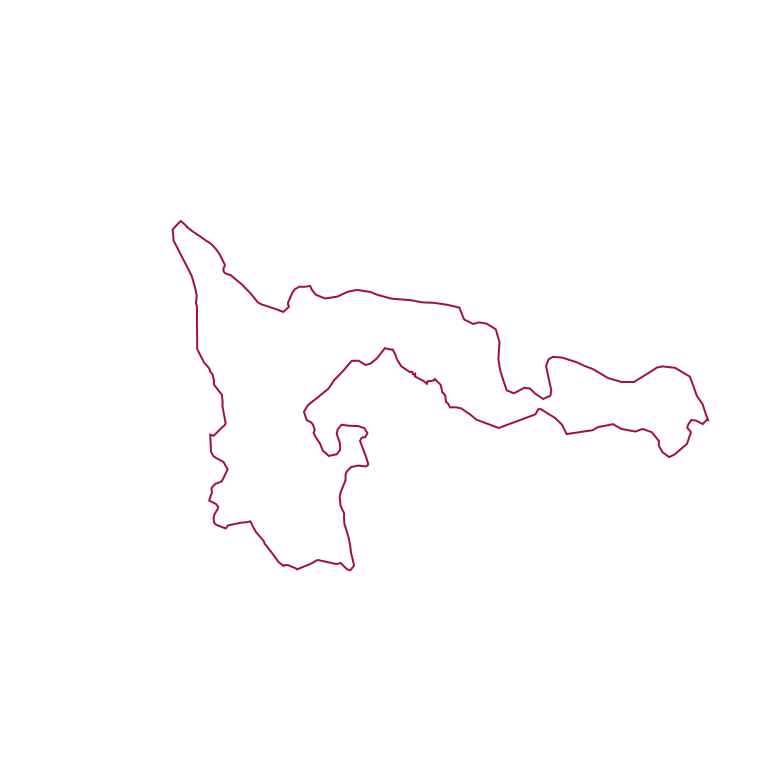 Ibb, Ibb, Yemen, rotated 314°
{"feature_id": "15242507B92318090783838", "entity_name": "Ibb", "entity_type": "district", "adm_level": 2, "iso_a3": "YEM", "parent_name": "Yemen", "parent_adm1": "Ibb", "projection": "equal_earth", "projection_center": [44.175, 13.992], "detail": "fine", "context": "isolated", "style": "outline", "palette": "rose", "viewbox_px": 768, "rotation_deg": 314, "n_neighbors": 0, "source": "geoboundaries", "source_scale": "gbopen_adm2", "svg_char_len": 5482}
<svg xmlns="http://www.w3.org/2000/svg" viewBox="0 0 768 768"><g transform="rotate(314 384 384)"><path d="M408.8,384.0L410.4,394.1L410.5,394.1L411.9,395.1L412.4,395.9L412.0,396.2L411.8,396.7L411.7,397.2L411.5,398.0L411.2,398.1L411.3,398.4L411.4,398.7L412.1,399.1L412.2,399.3L412.6,399.3L412.9,399.3L412.8,399.5L412.7,399.8L412.3,400.0L412.0,400.2L411.7,400.3L410.9,401.2L410.9,401.3L411.4,402.6L412.1,405.1L412.5,406.3L412.9,407.7L413.3,409.3L413.5,409.8L413.6,410.0L413.6,410.5L413.7,411.2L413.7,411.5L413.7,412.0L413.7,412.3L413.8,412.8L414.0,413.5L413.9,414.5L413.9,414.8L414.0,414.8L414.1,414.7L414.4,414.5L414.5,414.5L414.6,414.4L414.8,414.3L414.9,414.2L415.0,414.1L415.2,413.9L415.3,413.8L415.5,413.8L415.6,413.7L415.9,413.6L416.0,413.6L416.3,413.5L416.5,413.6L416.7,413.8L417.0,414.0L417.3,414.4L417.5,414.5L417.8,414.9L418.0,415.1L418.2,415.4L418.5,415.5L419.1,415.9L419.5,416.3L419.9,416.5L420.2,416.6L420.4,416.8L420.6,416.9L420.7,417.1L420.9,417.2L421.2,417.2L421.4,417.3L421.7,417.4L421.9,417.5L422.2,417.5L422.4,417.5L422.5,417.4L422.5,417.2L422.9,417.2L423.0,417.2L422.7,425.4L418.5,431.9L418.7,432.2L418.6,433.1L418.6,434.0L418.4,434.4L418.3,435.3L418.2,435.8L417.7,436.8L417.5,437.3L416.5,438.2L416.2,438.4L415.2,439.8L414.4,440.6L414.1,441.1L414.5,443.7L414.1,444.6L413.1,447.8L417.3,452.0L420.1,456.5L422.0,467.8L422.5,475.2L430.5,493.5L432.1,497.1L443.4,502.5L450.2,505.8L459.4,510.2L467.4,514.0L473.0,512.5L474.9,514.3L478.4,530.8L478.4,540.2L475.2,549.1L474.9,550.2L484.8,557.8L495.7,566.2L501.7,567.9L507.2,571.8L514.2,576.7L516.6,586.0L522.2,594.5L524.5,597.9L531.4,601.3L534.3,607.8L535.3,609.9L534.0,621.4L530.6,624.4L528.4,631.8L529.5,639.9L535.2,642.0L551.4,643.5L562.6,638.3L563.2,632.4L566.5,630.9L571.6,630.1L574.4,633.8L576.6,641.1L582.7,641.1L583.2,642.1L585.5,637.2L590.7,627.3L592.8,617.2L596.7,609.5L599.3,604.1L601.8,599.0L599.9,590.9L597.8,582.1L593.8,576.9L590.2,572.2L585.4,568.9L581.5,568.0L573.1,566.0L568.9,564.9L559.1,562.4L556.5,559.7L550.6,553.6L543.9,541.1L542.7,535.9L539.9,524.1L536.4,515.9L533.7,507.9L530.0,500.4L526.9,494.0L524.4,490.9L520.7,486.6L516.3,485.2L509.5,488.1L503.9,496.3L501.6,499.8L498.3,504.8L495.6,508.8L491.1,511.8L483.8,508.9L482.1,499.3L482.1,492.0L478.6,487.5L467.5,483.9L464.7,476.6L471.5,463.6L474.4,458.3L481.3,449.1L488.8,442.7L494.4,438.0L501.0,426.3L498.7,416.0L494.4,409.6L489.1,406.4L486.1,396.7L491.3,385.1L487.8,379.2L485.1,374.8L481.7,369.9L477.2,363.7L469.4,354.9L466.4,350.4L462.6,344.7L450.9,330.5L448.4,326.1L443.5,317.2L440.7,310.2L436.9,304.8L432.8,299.1L428.6,296.2L425.5,294.0L418.8,291.4L416.8,290.6L414.2,289.6L411.4,287.4L404.7,282.3L400.9,273.2L401.5,267.2L403.2,262.8L398.2,258.9L395.2,255.5L390.4,254.1L386.5,254.5L380.1,256.9L376.2,258.2L374.5,259.8L373.6,262.0L365.9,261.5L364.2,257.8L364.4,257.6L357.2,242.6L356.7,241.8L355.9,239.6L355.2,237.1L355.1,235.7L355.5,233.1L356.1,229.0L356.6,223.3L356.7,217.1L357.0,212.7L356.6,208.8L355.8,198.5L355.9,198.2L354.9,196.4L354.5,195.4L354.1,194.6L353.5,193.4L353.4,192.2L353.4,191.3L353.8,190.0L355.2,188.6L356.7,187.9L358.1,187.4L359.3,186.6L359.6,185.7L360.4,183.2L361.4,180.5L362.3,178.0L363.1,175.7L363.7,173.0L364.2,169.9L364.5,167.3L364.7,164.8L364.6,161.6L364.1,158.9L363.4,156.4L363.2,153.9L362.7,151.4L362.4,148.8L361.9,146.4L361.5,143.8L361.0,141.4L360.7,139.0L360.4,136.6L360.1,134.1L360.3,131.7L360.4,128.9L360.1,126.5L360.1,124.7L356.8,124.5L348.4,124.6L341.0,133.0L337.1,144.5L332.4,158.4L328.1,170.7L326.1,174.2L322.5,180.5L317.5,187.9L311.3,192.8L310.1,195.3L279.4,225.3L274.5,239.5L273.8,247.2L273.3,248.9L272.7,249.3L272.4,249.9L272.0,252.7L271.5,254.6L270.4,256.3L268.5,259.2L266.7,260.9L265.8,261.6L265.5,262.0L263.6,274.8L261.6,277.3L259.2,280.1L258.9,280.4L255.9,283.1L247.1,295.4L246.1,297.1L243.8,298.1L241.6,297.7L238.5,297.6L228.5,297.5L226.9,294.2L215.1,306.6L213.6,311.4L214.2,314.8L216.4,322.8L214.0,330.8L204.3,334.0L201.3,334.9L196.2,332.7L195.5,332.1L192.0,332.0L189.0,332.4L186.3,335.7L181.8,337.6L178.7,339.3L181.0,346.8L180.3,350.3L179.3,350.9L175.4,351.9L171.9,352.8L169.0,354.7L166.2,358.4L166.2,361.2L170.1,370.5L174.0,370.0L185.3,377.8L186.4,378.9L189.8,381.7L192.4,383.3L190.6,388.1L188.4,395.3L188.4,396.9L187.5,406.6L186.3,408.9L185.9,412.1L183.9,425.4L182.7,431.9L183.2,437.0L183.3,438.0L184.1,437.8L187.1,440.9L190.5,449.7L190.3,450.3L197.7,453.5L205.0,456.7L210.7,458.2L211.8,459.1L213.5,462.0L219.6,471.9L221.0,474.1L222.7,475.9L225.1,477.0L225.0,485.8L226.5,489.1L232.6,488.6L236.3,483.0L239.8,477.3L245.1,471.0L245.2,470.6L249.0,465.1L256.0,452.5L260.7,447.5L263.1,445.4L263.8,443.9L264.9,440.5L265.2,440.3L266.4,437.1L272.6,430.0L275.9,428.1L288.3,423.0L292.0,419.4L295.2,418.0L301.2,418.0L305.6,420.8L307.6,422.3L311.0,426.9L312.3,428.3L313.9,428.8L315.5,428.3L318.1,423.4L318.4,423.2L326.4,406.3L329.0,405.4L331.0,405.8L332.6,407.4L337.1,406.3L338.6,400.5L335.7,394.5L329.3,387.4L325.2,381.7L319.1,382.2L315.2,384.7L311.0,393.1L306.2,398.2L300.7,398.9L299.9,398.3L299.8,398.2L293.9,394.3L293.6,386.2L296.6,379.5L298.4,371.6L300.0,367.2L302.9,366.0L305.5,361.0L305.8,358.2L304.3,353.6L308.3,345.8L315.2,344.1L320.0,344.4L327.1,345.5L336.6,346.6L342.2,347.3L347.8,346.3L351.8,345.5L361.4,345.5L364.8,345.5L371.3,345.1L378.1,344.7L380.1,346.6L383.1,349.5L384.3,355.2L384.8,357.5L389.4,360.1L393.5,360.6L397.5,361.1L407.7,360.0L410.5,359.7L410.6,360.2L413.8,365.5L414.9,366.3L414.4,367.4L414.4,367.5L413.0,371.8L410.6,376.5L408.8,384.0Z" fill="none" stroke="#9f1239" stroke-width="2"/></g></svg>